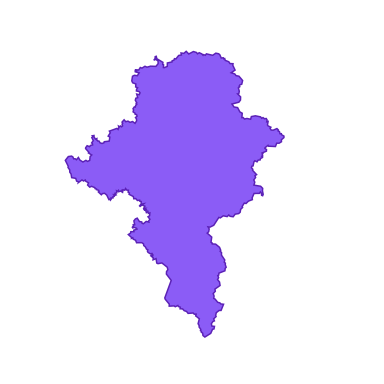 Piemonte, Turin, Italy (orthographic projection), rotated 158°
{"feature_id": "23120603B83257595874769", "entity_name": "Piemonte", "entity_type": "district", "adm_level": 2, "iso_a3": "ITA", "parent_name": "Italy", "parent_adm1": "Turin", "projection": "orthographic", "projection_center": [8.079, 45.262], "detail": "fine", "context": "isolated", "style": "filled", "palette": "violet", "viewbox_px": 384, "rotation_deg": 158, "n_neighbors": 0, "source": "geoboundaries", "source_scale": "gbopen_adm2", "svg_char_len": 6091}
<svg xmlns="http://www.w3.org/2000/svg" viewBox="0 0 384 384"><g transform="rotate(158 192 192)"><path d="M255.9,94.7L251.3,93.1L250.5,91.9L247.6,92.1L247.5,90.9L246.0,89.6L246.8,88.2L244.5,87.1L243.7,84.9L241.8,83.3L241.1,80.9L236.3,79.4L235.7,77.9L233.9,77.2L235.0,75.7L232.7,71.7L235.7,67.6L235.4,65.3L236.0,64.2L235.3,61.4L236.1,60.3L235.5,59.3L235.9,58.5L235.0,57.2L235.6,54.8L234.4,52.7L227.6,53.9L224.4,57.0L222.9,56.8L221.5,59.0L223.8,60.2L223.4,62.6L221.1,64.1L219.5,64.1L219.4,66.3L216.3,67.5L216.3,68.7L214.7,71.0L211.3,72.0L209.4,71.3L204.8,76.1L207.2,77.4L207.7,78.8L209.5,80.1L210.7,84.1L211.7,85.2L210.5,87.3L210.4,89.9L207.6,91.2L207.1,93.4L201.0,94.8L200.2,98.2L201.1,101.3L199.4,102.6L199.4,104.9L198.4,104.9L197.4,106.7L191.0,106.6L189.8,108.8L188.5,109.4L188.4,112.1L187.7,113.5L188.4,114.8L187.1,116.7L188.3,122.4L187.3,124.9L188.1,126.5L187.2,127.2L187.2,130.4L189.6,134.8L192.7,136.3L192.4,137.1L193.2,138.3L190.6,142.8L193.3,148.2L191.4,148.9L189.9,151.3L190.2,153.7L188.5,152.7L184.3,153.0L176.6,158.4L175.5,157.4L171.9,158.2L168.6,156.0L166.5,156.9L165.8,155.2L163.1,153.6L160.3,155.3L156.8,154.5L154.9,155.2L153.4,157.7L150.9,158.7L150.9,159.8L147.7,162.1L146.2,161.1L143.1,162.4L138.9,162.3L138.4,164.1L135.0,167.4L130.0,165.5L128.6,166.5L128.1,164.8L128.7,162.9L127.9,162.1L126.9,163.1L126.2,166.7L125.1,168.9L126.2,171.6L132.0,175.2L130.1,177.6L130.2,180.1L127.6,181.6L127.5,183.6L125.6,183.9L127.7,189.4L127.1,190.3L127.8,192.2L126.8,193.5L125.6,193.3L123.3,196.7L122.0,197.4L120.4,195.6L118.7,196.8L116.8,196.2L115.9,197.4L113.7,197.6L113.3,198.2L113.9,199.0L112.7,199.6L112.7,200.9L111.8,201.3L112.2,201.9L107.7,202.0L107.0,203.5L108.1,205.1L107.7,205.7L104.0,206.8L103.9,205.8L97.6,202.9L95.2,205.5L92.9,204.6L90.2,205.1L89.6,206.9L86.4,208.0L85.8,209.4L87.5,211.6L87.3,212.6L88.6,213.1L88.3,215.3L89.3,216.4L88.7,217.2L89.5,219.0L93.6,218.9L95.4,219.8L95.8,221.7L94.6,222.5L96.7,224.8L96.9,225.9L95.0,228.9L96.4,229.1L95.4,230.6L95.6,232.3L97.4,232.8L98.3,234.4L99.7,234.2L100.3,236.0L104.7,238.9L108.7,239.7L110.4,237.5L113.5,239.6L116.0,240.0L116.7,241.9L117.9,242.3L115.9,246.2L117.6,248.3L118.1,253.2L121.2,255.1L122.0,258.6L114.9,257.7L112.6,259.1L111.3,262.0L113.0,265.9L111.7,265.7L110.4,267.7L110.0,271.2L108.3,271.7L108.6,272.5L107.4,273.4L105.5,273.3L103.3,276.4L105.1,281.8L107.6,283.4L108.1,285.4L111.0,287.9L106.4,288.9L106.7,294.2L105.9,295.6L108.7,296.9L109.1,299.0L111.9,301.6L111.7,303.5L112.7,303.6L112.7,304.7L114.7,305.3L114.8,308.8L115.5,310.2L117.9,311.8L121.6,311.0L126.9,314.7L128.5,313.8L129.7,315.0L130.5,314.6L131.1,316.3L133.1,318.4L135.2,318.1L135.6,319.7L138.1,321.7L143.3,321.2L144.7,324.6L147.6,323.6L150.1,325.0L150.5,323.0L153.2,323.6L157.1,321.4L158.3,322.2L159.4,321.0L161.3,321.1L161.8,320.1L166.5,320.9L167.9,317.7L171.3,317.7L171.9,318.1L170.7,320.6L171.4,321.2L170.4,323.1L174.7,328.8L174.3,331.2L175.4,331.3L176.3,329.5L178.1,328.5L175.9,328.6L174.4,326.1L175.3,323.7L178.4,322.0L183.3,324.2L187.0,324.6L188.5,326.2L192.0,325.6L193.3,326.8L195.7,325.1L198.6,326.5L199.4,325.5L198.4,324.8L199.2,324.4L196.4,322.3L199.1,320.3L201.7,321.8L203.8,321.6L206.2,317.6L206.1,315.5L203.6,313.2L204.9,310.5L203.4,309.0L204.9,308.0L205.7,306.5L203.4,304.9L203.0,303.4L204.5,302.0L206.6,303.5L207.0,299.8L209.0,300.0L210.2,298.3L209.8,295.3L210.6,295.1L210.5,293.8L211.6,293.6L212.8,292.0L213.6,292.5L215.5,291.3L215.4,290.0L216.6,288.4L215.3,286.4L215.6,285.4L214.4,284.5L214.5,282.9L216.5,282.2L216.1,280.7L216.7,278.7L219.1,277.0L220.7,279.6L223.4,279.8L224.8,281.7L227.1,282.0L227.9,284.4L230.7,283.0L230.5,281.7L231.4,281.1L231.6,279.3L232.8,278.8L233.6,280.0L234.6,279.6L235.4,280.6L235.6,279.2L237.1,277.7L237.7,279.1L245.8,279.4L245.6,277.5L248.8,275.2L247.6,273.7L249.7,270.2L254.5,271.5L255.3,270.6L257.2,270.7L258.8,272.0L259.2,274.2L260.2,274.5L260.8,275.9L260.2,277.2L261.7,277.2L262.2,279.7L261.7,281.1L263.4,281.5L263.2,280.4L264.5,280.0L264.3,276.6L266.7,275.1L266.2,274.3L266.5,272.9L268.7,273.2L270.0,272.4L271.9,274.2L274.0,272.9L274.4,272.1L272.7,267.4L273.4,267.0L271.1,263.9L273.2,263.0L275.0,259.6L277.4,259.5L278.5,261.1L281.9,260.7L284.0,263.6L284.4,266.6L287.1,265.2L287.9,266.6L289.3,267.1L289.3,269.1L290.2,270.4L293.4,271.2L297.6,268.8L297.1,262.3L297.8,261.1L297.1,258.4L297.9,256.2L297.4,254.0L298.2,250.4L294.7,248.2L294.9,245.3L293.3,243.9L293.8,243.3L289.5,244.4L288.4,242.8L286.5,243.1L286.5,241.8L284.5,239.3L286.2,237.6L285.0,234.8L283.0,234.9L280.4,232.4L280.6,231.5L279.4,230.6L279.7,230.0L277.9,228.5L278.0,227.3L278.8,227.1L277.1,223.4L275.6,224.1L273.5,223.5L272.2,221.1L271.9,216.1L270.9,216.2L270.7,215.0L269.2,216.0L269.3,216.7L267.4,216.2L267.3,217.1L266.0,217.4L265.7,216.5L265.7,217.8L264.3,217.8L264.9,218.6L263.5,218.0L263.8,219.6L262.0,219.4L261.5,221.3L261.0,220.6L259.6,221.1L259.8,219.7L257.8,219.6L256.5,217.7L255.1,219.9L253.6,218.8L252.3,220.1L251.7,218.1L250.3,217.5L251.3,215.8L250.4,214.5L251.2,213.4L248.1,209.8L248.5,207.5L246.7,207.0L245.8,204.6L243.6,204.0L243.8,202.9L242.7,202.2L243.5,200.1L245.8,198.8L245.5,198.1L243.7,198.5L242.9,199.6L241.1,199.2L243.1,198.6L241.0,196.5L242.7,195.1L241.5,194.5L243.7,194.2L241.2,193.6L241.0,192.7L242.1,193.5L242.7,192.8L241.8,192.3L242.0,190.0L240.2,190.4L240.5,188.5L238.9,188.4L240.2,185.9L242.1,185.5L241.2,182.5L243.2,181.3L243.3,180.3L245.5,181.9L249.0,180.8L250.0,181.7L249.8,183.1L251.8,184.3L252.6,188.3L254.6,188.2L256.7,187.0L257.4,183.2L258.8,183.6L258.9,182.6L260.5,181.7L260.3,180.8L259.1,181.0L257.0,179.2L256.9,178.2L260.3,178.4L260.7,177.0L263.6,178.1L264.4,176.9L267.0,176.4L265.1,172.4L265.5,171.7L264.1,171.8L264.2,170.3L262.4,168.4L262.4,165.7L257.5,163.8L256.4,162.1L256.8,160.4L255.8,158.6L255.6,156.1L254.6,155.1L255.5,153.9L255.4,152.5L253.7,150.2L252.1,150.0L251.8,148.2L252.3,147.6L253.4,148.6L254.1,148.3L252.6,145.4L253.5,143.7L250.3,143.7L251.3,139.3L250.4,138.3L246.5,137.5L243.1,131.5L243.5,129.0L245.4,127.8L246.5,125.5L244.4,117.8L256.9,104.0L257.0,102.6L255.1,96.6L255.9,94.7ZM256.2,220.0L255.9,220.5L256.1,219.3L256.2,220.0Z" fill="#8b5cf6" stroke="#5b21b6" stroke-width="1.5"/></g></svg>